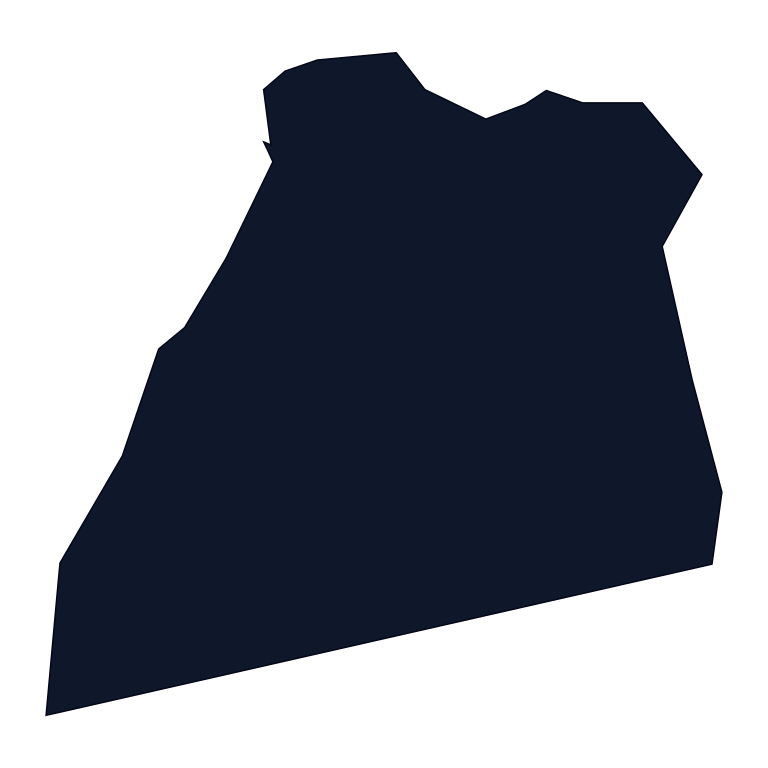 Terre Blanche, Soufrière, Saint Lucia
{"feature_id": "8701671B18283500133998", "entity_name": "Terre Blanche", "entity_type": "district", "adm_level": 2, "iso_a3": "LCA", "parent_name": "Saint Lucia", "parent_adm1": "Soufrière", "projection": "orthographic", "projection_center": [-61.05, 13.842], "detail": "fine", "context": "isolated", "style": "filled", "palette": "ink", "viewbox_px": 768, "rotation_deg": 0, "n_neighbors": 0, "source": "geoboundaries", "source_scale": "gbopen_adm2", "svg_char_len": 507}
<svg xmlns="http://www.w3.org/2000/svg" viewBox="0 0 768 768"><path d="M263.7,141.9L267.8,150.6L272.9,161.8L226.2,258.1L205.4,292.9L184.6,327.6L164.0,344.6L158.7,349.0L124.9,448.4L122.3,456.0L60.0,563.0L58.2,582.1L46.1,715.3L618.6,585.3L712.0,564.1L721.9,492.3L692.1,379.6L662.2,246.4L691.3,194.0L702.0,174.6L642.3,102.9L582.6,102.9L546.3,90.5L525.2,104.3L485.8,119.1L424.9,89.6L396.2,52.7L317.4,60.0L285.1,71.1L263.6,89.6L270.8,144.9L263.7,141.9Z" fill="#0f172a" stroke="#020617" stroke-width="1.5"/></svg>